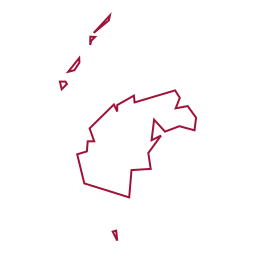 outline of Western
{"feature_id": "FJI-2620", "entity_name": "Western", "entity_type": "Division", "adm_level": 1, "iso_a3": "FJI", "parent_name": "Fiji", "parent_adm1": "", "projection": "natural_earth1", "projection_center": [177.638, -19.194], "detail": "coarse", "context": "isolated", "style": "outline", "palette": "rose", "viewbox_px": 256, "rotation_deg": 0, "n_neighbors": 0, "source": "natural_earth", "source_scale": "10m", "svg_char_len": 687}
<svg xmlns="http://www.w3.org/2000/svg" viewBox="0 0 256 256"><path d="M129.2,197.4L84.3,183.4L77.2,154.3L86.9,151.4L87.7,141.3L94.2,141.3L89.6,128.4L113.9,104.5L117.2,111.5L117.2,105.1L133.9,95.6L134.6,102.4L175.1,90.4L179.8,97.9L175.7,108.3L187.7,106.1L196.1,117.7L194.5,130.3L179.4,126.2L165.0,131.6L154.1,119.7L151.6,140.2L161.0,135.6L148.3,153.0L150.7,168.9L131.5,170.1L129.2,197.4ZM68.2,71.8L79.2,58.0L79.4,62.6L74.4,70.2L68.2,71.8ZM93.7,32.9L109.9,15.4L108.8,20.4L93.7,32.9ZM59.9,81.6L65.5,81.6L66.9,84.0L61.7,89.3L59.9,81.6ZM112.7,231.6L116.2,230.6L117.2,240.6L112.7,231.6ZM95.1,36.9L91.1,41.0L90.2,45.0L90.3,36.7L95.1,36.9Z" fill="none" stroke="#9f1239" stroke-width="2"/></svg>